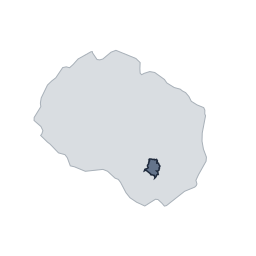 location of Konche, Konče, North Macedonia, rotated 48°
{"feature_id": "65306769B3097110342626", "entity_name": "Konche", "entity_type": "district", "adm_level": 2, "iso_a3": "MKD", "parent_name": "North Macedonia", "parent_adm1": "Konče", "projection": "mercator", "projection_center": [22.397, 41.52], "detail": "fine", "context": "in_parent", "style": "filled", "palette": "slate", "viewbox_px": 256, "rotation_deg": 48, "n_neighbors": 0, "source": "geoboundaries", "source_scale": "gbopen_adm2", "svg_char_len": 1897}
<svg xmlns="http://www.w3.org/2000/svg" viewBox="0 0 256 256"><g transform="rotate(48 128 128)"><path d="M116.6,68.5L120.5,69.0L128.8,66.6L134.1,63.2L136.7,62.8L140.3,61.5L145.4,61.7L150.5,63.1L157.1,61.2L163.5,58.1L166.1,58.9L168.9,61.5L170.8,62.2L181.4,76.2L187.3,81.8L194.2,86.1L202.1,89.2L204.9,92.2L209.9,106.9L212.3,112.5L215.7,114.2L216.5,115.8L216.6,117.9L212.9,128.3L211.4,151.3L210.4,153.2L206.5,153.1L201.2,153.6L199.3,155.3L197.2,167.7L188.8,171.3L181.1,173.2L174.7,172.8L163.4,169.9L159.7,169.6L156.5,171.2L146.5,172.1L142.0,174.3L131.6,188.7L121.1,193.7L117.5,196.2L109.5,193.0L105.6,192.7L100.0,196.3L87.8,196.7L84.5,197.3L75.1,197.9L74.7,195.9L73.0,193.0L68.6,191.7L59.6,192.8L57.4,190.7L53.8,178.5L50.9,176.5L47.6,172.4L42.2,159.1L42.0,153.2L42.4,148.1L39.4,136.1L41.2,133.0L44.1,131.1L44.1,126.3L43.3,118.9L46.6,104.4L47.5,103.4L48.4,104.1L56.4,105.2L58.5,103.4L59.9,100.5L60.3,89.9L62.2,85.0L81.7,75.6L87.5,75.2L91.9,79.5L95.4,82.3L97.5,82.2L98.2,79.4L100.6,74.1L104.6,71.0L116.5,68.4L116.6,68.5Z" fill="#d9dde1" stroke="#a8b0b8" stroke-width="1"/><path d="M170.8,144.5L171.2,142.9L177.2,141.9L177.8,142.4L178.6,141.9L178.6,141.6L178.8,141.4L180.2,140.7L180.7,140.2L181.1,140.3L181.8,140.8L182.7,141.0L183.1,141.6L183.1,140.6L182.9,140.3L182.9,139.7L182.1,138.3L182.2,137.4L182.7,136.7L182.4,136.6L182.2,136.3L180.8,135.4L179.2,135.5L179.9,134.7L180.1,133.4L179.4,132.5L179.3,131.9L178.5,131.7L178.0,130.2L177.6,129.7L176.1,129.6L174.5,128.9L173.4,130.1L172.7,129.3L172.7,128.8L172.3,128.4L172.1,128.8L171.5,128.0L170.6,127.8L170.6,128.1L170.1,128.4L169.7,129.4L168.7,129.5L168.5,130.0L168.0,130.6L166.5,131.6L165.4,132.8L165.7,133.2L165.7,133.7L166.1,133.6L166.6,134.4L166.9,134.2L167.1,135.1L167.6,135.5L167.7,136.1L168.1,136.3L168.5,137.0L168.7,138.3L169.2,139.0L171.0,139.5L171.1,140.4L170.0,143.1L170.8,144.5Z" fill="#64748b" stroke="#1e293b" stroke-width="1.5"/></g></svg>